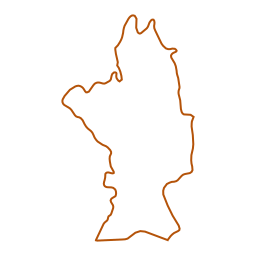 the border of Olt
{"feature_id": "ROU-126", "entity_name": "Olt", "entity_type": "County", "adm_level": 1, "iso_a3": "ROU", "parent_name": "Romania", "parent_adm1": "", "projection": "orthographic", "projection_center": [24.399, 44.334], "detail": "fine", "context": "isolated", "style": "outline", "palette": "amber", "viewbox_px": 256, "rotation_deg": 0, "n_neighbors": 0, "source": "natural_earth", "source_scale": "10m", "svg_char_len": 2760}
<svg xmlns="http://www.w3.org/2000/svg" viewBox="0 0 256 256"><path d="M97.3,240.6L95.9,240.3L95.9,240.2L103.6,223.9L104.6,222.6L107.1,220.5L107.7,219.5L108.2,217.2L108.6,216.3L110.6,214.9L111.3,213.6L113.1,208.3L113.3,206.9L113.0,205.3L111.0,202.0L110.6,200.4L111.4,198.7L112.7,197.8L115.4,196.2L115.9,194.9L116.1,193.3L115.9,191.3L115.2,189.5L113.3,187.9L111.5,187.4L107.1,187.2L106.0,186.9L104.8,186.2L104.1,185.1L103.8,183.8L104.1,181.8L104.6,180.2L105.2,177.3L105.3,174.9L105.4,173.9L106.0,173.1L106.8,172.6L108.1,172.4L109.6,172.7L111.3,173.2L112.9,173.4L113.8,172.9L113.7,171.7L110.8,166.5L109.9,161.7L109.6,158.8L109.8,156.4L110.5,154.8L111.1,153.5L111.1,151.9L110.2,150.1L107.7,147.4L106.0,146.2L102.6,144.8L97.6,141.5L96.1,139.8L94.6,137.6L93.4,134.8L92.3,132.6L90.9,131.0L87.8,128.5L86.1,126.6L84.6,124.2L82.7,120.3L80.8,118.2L79.1,117.3L77.5,117.0L76.1,116.4L74.9,115.2L71.3,109.8L69.8,108.3L64.3,105.0L63.1,103.7L62.5,102.2L62.4,100.8L62.7,99.4L64.6,96.0L69.9,89.8L75.2,86.5L76.6,86.0L78.4,85.7L79.9,86.0L81.4,86.7L82.7,87.7L83.8,89.1L85.1,91.3L86.1,92.3L87.2,92.3L88.9,91.6L93.3,85.3L94.7,83.7L96.4,82.8L97.9,82.5L99.6,82.6L102.9,83.5L104.3,83.6L105.6,83.2L109.7,80.9L110.8,79.5L111.7,75.4L112.4,73.8L114.1,72.4L115.4,72.4L116.2,72.8L116.5,73.6L116.3,75.5L116.3,76.8L116.6,78.1L117.4,79.4L118.4,80.7L119.6,81.4L120.6,80.5L121.8,79.6L121.4,76.0L120.3,71.6L118.8,67.9L117.2,65.5L117.8,62.2L115.9,53.8L115.3,49.6L115.3,48.0L117.9,45.3L120.1,41.8L121.3,39.4L122.1,37.3L123.1,32.9L123.4,30.3L123.9,28.0L124.6,25.8L128.4,18.9L129.4,17.5L130.6,16.3L132.0,15.5L133.2,15.4L134.7,15.8L135.7,17.4L136.5,18.8L136.2,27.8L137.8,32.4L138.7,33.2L139.9,33.6L141.1,33.1L146.7,28.4L147.6,27.2L148.2,26.0L149.5,22.5L151.1,20.3L152.2,19.6L153.5,19.7L154.2,20.8L154.5,22.4L154.4,24.1L154.1,25.9L154.3,28.2L155.3,30.7L161.5,43.6L163.1,45.8L165.9,48.4L168.0,49.1L170.2,49.1L172.4,48.6L174.8,48.8L175.9,49.6L176.6,50.6L176.4,51.3L175.8,51.8L173.3,52.9L172.2,53.7L171.4,54.7L171.0,55.8L171.3,57.6L174.7,63.3L175.8,66.3L176.6,70.7L176.8,73.0L177.2,74.8L178.2,78.0L179.5,86.7L179.5,88.0L178.7,90.5L178.5,92.2L178.6,93.9L180.2,100.3L180.9,108.9L181.6,111.8L182.6,113.5L183.9,114.4L190.6,114.8L193.6,116.9L191.9,121.4L191.7,123.3L191.6,126.5L192.8,135.0L193.3,144.2L192.9,148.5L191.4,155.1L191.2,160.3L191.5,163.5L192.2,166.5L192.5,170.1L191.6,171.9L189.8,173.1L185.1,174.0L183.3,174.6L181.7,175.8L177.6,180.3L176.1,181.2L174.2,181.7L171.7,181.9L169.5,182.7L166.9,184.0L164.0,187.9L163.2,190.8L163.3,194.5L167.7,205.6L172.6,215.6L178.7,225.6L179.6,228.6L179.3,230.1L178.0,231.1L174.1,233.0L172.3,234.4L170.7,236.0L167.8,239.8L167.7,240.1L145.0,231.6L140.3,231.1L135.4,232.7L127.6,238.6L125.1,239.3L122.1,239.5L97.3,240.6Z" fill="none" stroke="#b45309" stroke-width="2"/></svg>